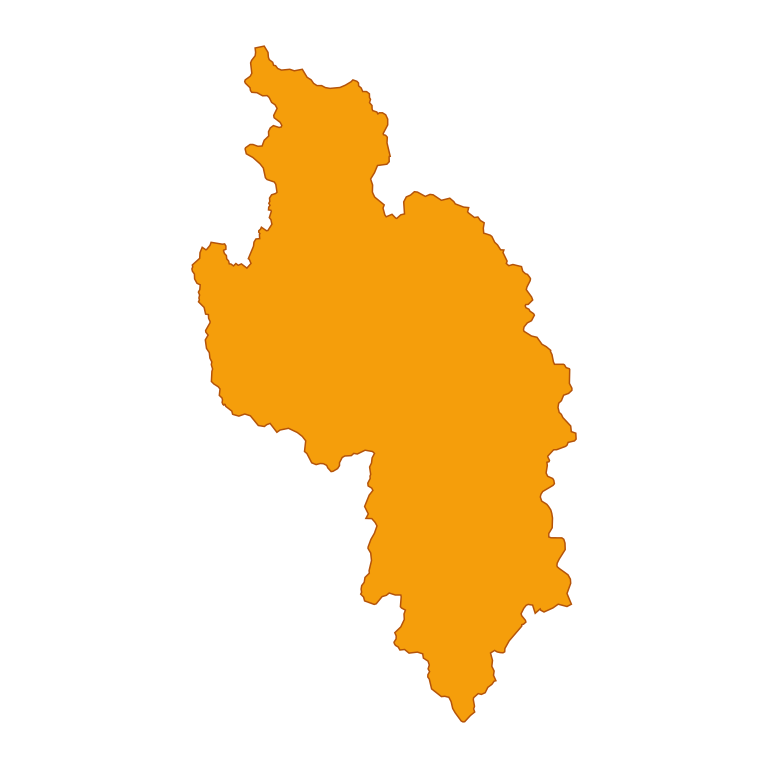 the district of Ham Yen, Tuyên Quang, Vietnam
{"feature_id": "81297802B77229581138550", "entity_name": "Ham Yen", "entity_type": "district", "adm_level": 2, "iso_a3": "VNM", "parent_name": "Vietnam", "parent_adm1": "Tuyên Quang", "projection": "albers", "projection_center": [105.011, 22.095], "detail": "fine", "context": "isolated", "style": "filled", "palette": "amber", "viewbox_px": 768, "rotation_deg": 0, "n_neighbors": 0, "source": "geoboundaries", "source_scale": "gbopen_adm2", "svg_char_len": 6083}
<svg xmlns="http://www.w3.org/2000/svg" viewBox="0 0 768 768"><path d="M192.3,265.0L192.7,266.9L191.9,268.9L192.4,271.2L194.4,274.0L194.6,278.9L197.0,283.3L200.2,284.8L199.8,289.6L198.4,292.1L199.6,295.0L198.9,298.0L199.4,299.9L198.5,301.8L204.1,307.4L205.6,314.1L208.4,314.6L208.6,318.3L210.1,321.5L210.0,322.8L205.6,330.5L205.8,332.1L208.1,335.1L205.3,339.9L206.5,348.4L209.3,352.6L209.9,358.1L211.8,361.9L211.3,364.6L212.6,369.0L211.9,371.4L211.4,381.5L213.9,384.0L218.3,386.8L220.0,389.0L219.3,395.4L222.0,398.0L222.5,400.0L222.1,402.4L222.9,404.4L223.8,405.1L224.4,404.3L225.1,404.5L225.8,406.4L231.8,411.1L232.6,414.2L233.9,414.7L238.9,416.1L244.8,414.0L250.4,415.8L258.3,425.5L264.4,426.5L266.7,424.7L270.1,423.4L276.9,432.3L280.1,430.0L288.5,428.3L297.3,432.5L302.3,436.4L305.7,440.8L304.5,451.5L306.9,453.5L311.7,462.8L316.1,464.6L320.2,463.5L323.4,463.7L326.7,465.4L327.8,467.9L331.1,471.6L333.0,471.3L337.6,468.6L339.5,465.6L339.5,462.7L342.2,457.5L344.8,456.0L351.3,455.6L353.8,453.4L357.3,454.0L365.1,450.2L372.5,451.5L374.5,453.4L372.1,457.9L371.5,463.0L369.6,467.0L370.7,474.4L370.0,476.1L370.2,478.5L367.8,483.1L368.1,485.9L371.7,488.1L372.9,490.4L369.2,495.1L364.6,506.5L368.3,513.9L365.9,518.4L371.8,518.6L375.1,522.4L377.0,525.9L374.4,533.3L370.9,539.4L368.1,547.0L368.0,548.4L370.7,553.0L371.5,560.5L369.1,570.6L369.3,573.2L365.0,577.4L364.2,582.3L361.7,585.6L361.1,589.1L361.6,592.3L360.7,594.1L363.6,597.1L364.6,600.9L374.2,604.4L376.2,603.8L382.1,596.6L386.4,595.3L389.2,593.0L395.3,595.0L400.8,595.0L401.2,596.8L400.4,606.7L401.5,608.0L405.4,610.1L404.0,614.0L404.3,619.5L400.8,626.9L394.8,632.7L396.2,635.9L396.1,638.9L394.0,642.2L394.4,643.7L395.5,645.4L398.2,647.0L399.9,650.0L404.6,649.5L409.0,653.1L417.4,652.1L422.7,653.8L423.4,658.1L428.0,661.1L429.3,665.0L428.1,668.9L429.6,671.6L427.9,674.7L427.8,677.0L429.3,679.1L431.6,688.9L441.4,696.6L444.8,696.3L448.9,697.3L451.1,701.6L452.7,708.5L455.2,712.8L461.2,721.0L463.0,721.9L464.7,721.7L470.4,715.5L474.7,712.0L473.6,708.9L474.5,706.3L473.3,699.6L473.6,697.7L478.2,693.6L481.4,694.4L485.2,692.7L487.8,687.4L492.0,684.2L494.1,681.2L495.9,680.7L493.5,675.3L494.1,671.0L491.8,666.3L492.5,660.4L490.5,653.0L494.6,650.4L497.1,651.9L500.3,652.6L503.0,652.8L504.7,651.8L504.9,648.5L509.2,640.8L521.7,626.2L521.8,624.6L523.5,624.2L525.9,622.1L525.4,620.3L521.7,615.7L521.1,613.7L523.8,608.3L526.2,605.3L528.2,604.4L532.6,605.1L535.2,613.3L540.2,608.9L540.8,610.3L544.0,612.0L553.0,607.9L558.2,604.2L567.0,606.5L571.4,604.2L567.0,593.5L570.7,583.3L570.4,579.2L568.0,574.8L559.4,568.6L557.3,566.8L556.9,565.6L557.2,563.1L559.3,558.9L565.2,549.6L565.0,543.1L563.8,539.3L561.9,537.9L551.0,537.8L548.8,536.9L548.8,533.5L552.2,527.8L552.5,518.0L551.8,513.5L550.8,510.0L548.5,506.4L546.8,504.3L541.7,501.1L540.3,497.0L540.9,494.4L542.7,491.5L553.0,485.4L554.4,483.7L553.8,480.3L552.7,478.5L547.7,476.3L546.1,473.0L547.3,465.4L546.9,462.3L549.0,461.7L549.5,460.4L547.7,456.7L547.9,456.0L553.6,449.8L556.7,449.7L565.7,446.3L567.0,445.2L568.1,442.4L574.5,440.9L576.1,439.1L575.8,433.2L571.3,431.6L570.7,426.0L562.9,417.6L561.3,414.3L559.2,412.4L558.0,407.4L558.7,403.2L561.4,400.7L563.6,395.2L568.6,393.4L571.9,390.3L571.9,388.2L569.4,383.4L569.7,369.4L569.3,368.7L566.1,367.6L564.4,364.8L563.4,364.3L554.5,364.3L553.4,361.8L552.0,354.6L550.5,351.5L550.7,350.4L546.3,346.7L542.0,344.3L537.0,337.3L531.5,336.0L524.0,331.3L523.5,329.6L524.1,326.9L527.3,322.9L531.5,320.7L534.4,315.2L533.6,313.7L530.0,311.2L528.9,309.2L525.9,307.7L525.2,305.8L525.8,304.6L528.2,304.4L532.7,300.0L531.6,297.0L526.3,289.7L526.9,287.1L530.1,280.8L530.5,278.8L529.9,277.6L527.5,274.4L525.4,273.7L522.8,271.3L521.5,266.6L512.9,264.5L508.8,265.7L506.3,263.5L507.1,261.1L503.0,252.6L503.9,250.0L500.6,249.8L497.5,244.9L494.7,242.3L491.9,236.5L490.2,235.2L483.7,233.1L483.3,228.2L484.2,222.8L480.4,220.5L477.9,217.0L474.4,217.5L468.5,212.9L467.6,211.8L468.7,207.6L463.7,207.1L455.3,203.9L453.8,201.6L449.8,198.2L441.4,200.3L433.1,194.8L430.0,194.4L425.3,196.4L417.5,192.1L414.4,191.7L410.5,195.1L406.3,196.9L403.7,201.9L404.5,213.9L400.8,214.8L396.8,218.4L395.7,218.1L392.0,214.3L386.2,216.8L384.8,214.8L383.0,208.1L384.2,204.9L374.7,197.1L373.1,193.8L372.4,192.0L372.6,185.0L370.6,179.0L374.5,172.7L377.5,165.5L386.9,164.2L389.2,161.7L389.1,157.3L389.3,156.4L390.2,156.3L387.0,142.9L387.3,137.2L385.6,135.3L383.5,134.7L383.2,133.5L387.7,124.9L387.7,119.1L385.7,114.8L382.5,112.8L379.3,112.8L377.9,113.9L376.8,112.0L372.7,110.6L372.1,109.0L372.0,105.5L369.5,102.7L370.5,99.3L369.5,97.6L369.4,93.8L366.6,91.6L362.7,91.5L361.2,88.0L358.6,85.8L358.5,83.0L356.9,81.3L352.9,79.9L351.0,81.8L345.3,85.2L339.9,87.5L330.0,88.4L325.4,87.6L321.6,85.6L317.0,85.6L313.6,83.4L311.2,79.9L307.1,77.3L302.3,69.3L294.3,70.8L289.8,69.3L281.5,70.1L277.7,68.5L275.6,65.7L273.6,65.3L272.7,62.3L269.3,59.7L268.4,57.3L268.0,52.4L264.2,46.1L255.1,48.0L255.6,52.3L255.2,55.7L251.6,60.4L250.6,62.9L251.8,73.3L250.2,76.3L245.2,79.9L244.7,81.6L245.4,83.2L250.0,87.7L250.5,90.6L251.8,92.3L257.0,92.7L262.6,95.8L267.2,95.6L269.2,97.5L271.6,102.4L275.1,104.8L277.1,108.4L273.7,115.4L274.1,117.7L280.2,122.4L281.8,125.4L281.2,127.0L279.1,127.5L273.4,125.6L270.3,127.9L268.5,131.7L268.7,136.0L264.2,140.3L262.1,146.0L257.9,146.3L253.0,144.5L250.1,144.5L245.6,147.7L245.1,148.9L246.3,153.8L252.9,157.5L260.0,163.8L263.3,168.0L265.4,177.7L267.0,179.5L274.3,182.0L275.8,184.4L277.0,192.3L275.6,193.5L271.6,194.8L269.5,198.1L269.8,201.4L268.8,203.3L270.0,205.3L268.7,207.2L268.5,209.9L270.9,210.3L271.3,211.5L269.3,217.6L270.9,219.6L271.9,224.2L267.9,230.5L266.4,230.7L261.4,227.2L260.5,229.2L258.8,230.7L258.7,232.1L259.9,233.6L259.4,234.6L259.7,238.6L255.9,239.0L254.0,242.1L253.5,246.2L248.3,258.7L249.3,259.4L251.0,263.4L246.9,268.1L241.4,263.9L238.2,265.3L235.9,263.5L233.5,265.9L230.9,264.0L229.3,263.9L228.6,261.0L226.7,258.8L226.4,255.6L224.4,253.4L223.6,251.0L223.6,250.2L225.9,249.3L225.9,246.0L224.6,243.9L222.4,244.2L211.1,242.3L210.0,245.4L206.6,249.5L205.9,249.8L202.2,247.3L200.0,252.7L199.7,258.3L192.3,265.0Z" fill="#f59e0b" stroke="#b45309" stroke-width="1.5"/></svg>